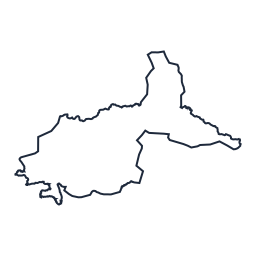 Bu'rentogtox, Hövsgöl, Mongolia (Mercator projection)
{"feature_id": "93677404B18763556334641", "entity_name": "Bu'rentogtox", "entity_type": "district", "adm_level": 2, "iso_a3": "MNG", "parent_name": "Mongolia", "parent_adm1": "Hövsgöl", "projection": "mercator", "projection_center": [99.405, 49.514], "detail": "fine", "context": "isolated", "style": "outline", "palette": "slate", "viewbox_px": 256, "rotation_deg": 0, "n_neighbors": 0, "source": "geoboundaries", "source_scale": "gbopen_adm2", "svg_char_len": 5774}
<svg xmlns="http://www.w3.org/2000/svg" viewBox="0 0 256 256"><path d="M147.8,54.7L151.7,62.8L153.7,68.3L150.9,71.1L146.2,77.8L147.7,84.7L147.1,94.3L140.9,102.2L140.6,104.5L140.2,104.6L140.0,105.2L139.1,105.6L138.9,105.4L138.8,105.1L139.0,104.7L138.7,104.3L138.0,104.0L137.4,104.2L136.7,103.8L136.0,103.7L135.3,103.9L135.2,104.5L133.1,105.5L132.8,105.8L132.5,106.4L132.2,106.6L131.8,106.6L131.3,105.8L130.8,105.5L130.4,105.6L129.3,106.3L128.3,106.2L126.9,106.5L126.3,106.4L125.6,105.8L125.1,105.8L122.5,106.5L122.4,106.6L122.4,107.0L121.7,107.5L121.0,107.0L119.8,106.7L118.5,105.9L116.4,105.6L115.1,104.5L113.8,104.7L113.1,104.1L112.8,104.1L111.3,104.8L110.6,107.0L110.4,107.1L109.9,106.8L109.2,107.6L108.9,108.3L108.9,109.1L108.7,109.4L108.2,109.5L107.0,109.3L105.3,108.6L103.2,109.7L101.0,109.8L100.2,109.9L99.3,110.6L99.1,112.4L98.8,112.8L98.3,112.9L97.7,115.1L96.6,115.9L96.1,116.5L93.7,117.4L92.9,117.9L92.5,118.6L91.0,119.1L88.9,118.8L86.2,119.0L85.8,119.3L84.7,120.6L83.4,121.2L82.8,121.1L81.9,120.4L80.7,120.5L80.0,120.3L79.5,119.6L79.2,117.2L78.9,116.8L78.0,116.1L76.5,116.6L74.8,118.7L74.0,119.0L72.9,118.6L72.1,117.5L70.9,118.2L70.0,118.4L69.2,118.3L67.8,117.7L67.4,117.3L67.1,116.5L67.5,115.7L67.5,114.7L67.4,114.4L64.9,114.6L63.9,115.0L63.5,115.5L61.5,116.3L60.4,116.1L60.0,116.5L58.1,123.0L51.3,131.0L38.2,137.0L38.1,151.3L35.0,153.4L21.1,157.3L19.9,158.3L19.5,159.1L19.7,159.7L20.1,160.5L21.4,162.0L24.3,166.4L24.3,167.9L24.5,168.6L24.1,169.5L24.0,170.5L24.3,171.3L23.1,171.0L22.7,171.3L23.3,171.5L23.2,171.6L22.6,171.9L21.8,171.5L21.2,171.7L20.8,171.3L21.1,170.9L20.3,170.3L18.3,170.5L18.2,170.6L18.4,170.8L17.8,171.3L17.7,171.8L17.0,172.1L17.0,172.5L16.5,173.5L16.1,173.8L15.5,174.0L15.4,174.2L15.5,174.7L16.6,174.6L18.8,175.7L19.9,175.4L20.7,175.6L22.2,175.5L23.7,175.0L24.6,175.2L25.5,176.4L26.1,177.7L27.5,178.2L28.0,178.8L28.2,179.5L27.9,180.5L27.2,181.0L27.2,182.1L27.7,183.2L27.3,183.7L27.2,183.5L27.0,183.9L26.6,183.9L26.1,184.5L26.4,184.9L26.9,185.0L27.4,185.0L27.9,184.3L29.2,184.5L31.8,183.7L33.3,183.6L34.3,183.7L34.9,183.4L35.4,182.8L37.6,183.0L39.6,182.0L41.4,182.2L42.6,181.7L43.7,181.8L43.7,182.1L43.4,182.3L43.5,182.7L44.0,183.3L44.9,183.9L46.1,184.0L47.5,183.7L48.6,183.9L48.2,184.1L48.1,184.4L48.4,184.6L49.0,185.5L49.4,185.3L49.5,187.6L50.5,188.6L50.5,188.9L50.0,189.4L48.9,189.1L48.3,189.2L47.4,190.3L46.2,190.2L45.5,190.8L42.2,190.3L41.8,190.8L41.5,191.3L41.0,191.5L41.2,192.7L41.2,193.0L40.7,193.6L40.7,193.9L40.4,193.8L40.4,194.1L40.2,194.2L40.1,194.5L40.3,195.1L40.2,195.8L40.4,196.4L40.3,196.9L40.6,197.1L41.1,196.7L41.3,196.9L41.4,196.3L41.8,196.6L42.6,196.4L43.4,197.0L44.6,196.7L45.5,196.8L47.5,196.3L47.9,196.6L48.1,196.4L48.6,196.4L49.4,196.0L50.1,196.4L50.3,196.2L51.8,196.4L52.3,196.8L52.9,197.0L53.0,197.2L53.6,197.3L53.9,197.7L54.0,197.6L53.9,197.4L54.1,197.5L54.1,198.0L54.5,198.1L54.5,198.5L54.9,198.8L54.9,199.0L55.3,199.0L55.0,199.2L55.0,199.4L55.3,199.3L55.7,199.6L55.9,201.0L56.1,201.2L56.0,201.6L56.5,201.8L56.5,202.2L56.9,202.8L56.9,203.0L58.3,204.2L59.0,204.5L59.5,204.1L59.8,203.9L60.3,203.9L60.3,203.5L60.6,203.1L60.9,203.1L60.8,202.8L61.1,202.6L60.8,202.3L60.9,202.1L60.9,201.8L61.1,201.6L60.8,201.5L60.7,201.1L61.0,201.2L61.3,200.8L60.9,200.7L61.3,200.0L61.8,197.8L61.7,196.5L61.2,194.9L60.7,193.9L60.5,192.8L59.8,192.0L59.7,190.5L59.1,188.3L57.6,184.7L57.6,184.4L58.5,183.6L59.3,183.6L59.5,184.1L60.8,184.8L61.1,185.7L62.1,186.4L62.7,186.5L63.7,186.9L65.6,186.9L64.3,190.4L68.9,194.0L72.3,196.0L78.4,197.3L81.4,197.2L90.2,194.8L91.9,191.8L93.1,190.9L94.1,190.8L95.6,191.1L96.3,191.8L96.8,192.1L98.3,192.5L100.4,193.6L103.7,194.3L111.0,194.4L119.9,191.9L120.1,191.4L120.1,191.1L120.7,190.2L120.9,189.2L121.5,188.3L121.4,187.9L121.8,187.5L121.7,186.8L122.1,186.5L122.5,186.4L122.5,186.2L122.8,186.3L122.9,186.1L123.8,185.9L123.9,185.5L124.2,185.3L124.4,185.3L124.4,185.0L125.1,185.0L125.4,184.7L125.8,184.7L125.9,184.4L126.5,184.3L126.8,184.1L126.9,183.7L127.8,183.0L128.3,183.1L129.6,182.7L130.9,181.3L131.4,181.2L132.1,181.6L132.2,181.9L132.7,182.0L132.9,181.9L134.1,182.4L139.4,183.0L143.0,171.2L136.4,165.7L139.1,154.5L141.8,148.5L142.0,145.8L137.0,140.3L141.9,135.1L145.3,130.6L149.1,132.9L163.7,133.7L168.8,134.2L168.1,137.5L169.7,140.0L183.3,144.0L187.7,145.7L191.3,147.5L197.6,146.3L200.1,145.0L210.2,144.5L219.5,141.4L227.4,145.6L233.6,149.3L235.4,149.1L236.8,148.6L238.2,147.8L240.2,145.9L240.3,145.0L240.6,144.3L240.6,144.0L239.9,143.8L239.7,143.5L239.4,142.1L239.5,141.7L240.0,140.7L239.9,139.5L238.9,139.4L238.7,139.0L237.3,139.5L235.5,139.2L233.5,139.4L232.3,139.2L231.0,138.5L231.0,137.4L230.5,136.3L230.1,135.8L227.9,135.0L226.4,134.3L225.8,134.2L225.2,135.0L224.7,135.2L221.6,134.1L219.8,134.3L218.7,134.0L218.4,132.6L217.6,131.4L217.6,130.7L217.7,129.9L217.5,129.2L217.4,128.1L215.5,127.0L215.4,126.4L215.2,126.2L214.7,126.0L213.5,126.1L210.5,124.5L209.8,123.7L209.0,123.2L207.9,123.0L205.9,123.4L205.1,123.1L204.5,122.2L203.6,121.6L203.5,120.1L203.3,119.7L202.3,119.7L201.7,119.5L199.9,118.3L199.8,117.5L198.6,117.0L198.0,116.9L197.5,116.6L197.2,116.6L196.5,116.1L195.3,116.5L194.9,116.5L193.7,115.8L192.8,114.8L191.0,113.7L190.8,113.3L190.9,112.4L191.8,110.6L191.6,110.2L190.8,110.2L190.1,110.0L190.0,109.7L190.5,109.4L190.5,108.8L189.7,107.9L188.8,107.4L188.4,107.5L188.1,108.0L187.9,107.3L187.3,107.3L186.8,107.5L186.5,108.1L186.3,108.1L186.2,108.0L186.1,107.2L185.8,106.5L185.5,106.1L185.0,106.0L184.5,106.6L182.8,107.2L182.1,108.0L181.3,107.4L180.8,107.4L180.3,108.0L181.2,105.6L181.1,95.3L184.5,91.7L183.6,86.8L182.9,85.4L181.9,82.1L181.8,80.8L181.8,78.9L181.7,78.0L181.8,75.7L181.0,74.2L178.8,71.9L178.4,70.3L178.6,69.3L178.7,67.9L178.1,66.1L177.7,65.6L177.5,64.8L169.2,62.8L165.8,56.5L163.8,51.5L158.2,52.4L151.6,52.3L147.8,54.7Z" fill="none" stroke="#1e293b" stroke-width="2"/></svg>